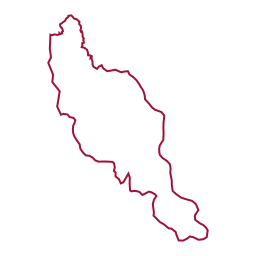 outline of Vavla, Larnaca, Cyprus
{"feature_id": "46923920B22137462845739", "entity_name": "Vavla", "entity_type": "district", "adm_level": 2, "iso_a3": "CYP", "parent_name": "Cyprus", "parent_adm1": "Larnaca", "projection": "albers", "projection_center": [33.273, 34.838], "detail": "fine", "context": "isolated", "style": "outline", "palette": "rose", "viewbox_px": 256, "rotation_deg": 0, "n_neighbors": 0, "source": "geoboundaries", "source_scale": "gbopen_adm2", "svg_char_len": 2224}
<svg xmlns="http://www.w3.org/2000/svg" viewBox="0 0 256 256"><path d="M50.4,34.8L50.1,43.1L49.8,48.7L51.0,57.4L48.3,62.8L53.1,74.8L52.3,82.1L59.7,91.3L57.2,106.6L61.0,114.7L63.4,113.9L67.6,114.5L69.5,117.0L73.6,117.9L75.3,120.2L74.4,123.3L73.2,125.7L72.9,130.2L73.2,133.1L74.2,136.1L75.5,138.3L77.1,140.8L79.6,144.2L80.4,148.8L83.1,152.7L85.9,155.4L89.5,155.8L92.8,157.7L95.2,160.3L98.6,161.7L102.0,161.5L108.0,161.6L112.3,161.9L114.0,163.2L114.8,167.4L113.9,171.0L115.6,172.5L115.5,176.3L119.0,179.2L120.8,183.4L123.4,182.3L126.5,176.9L128.4,173.6L129.8,177.8L129.6,183.2L129.8,186.1L130.1,190.4L131.3,191.3L134.6,190.9L137.5,191.3L139.5,192.0L142.4,195.0L149.0,191.6L151.6,192.4L154.9,194.2L156.4,196.0L153.9,199.9L152.8,204.2L153.9,212.2L153.6,215.7L159.9,222.0L163.7,224.2L168.7,228.3L171.4,228.6L175.7,232.0L176.0,233.2L176.6,235.3L178.7,240.4L182.9,240.6L183.1,240.6L186.8,238.8L189.8,236.5L193.0,237.1L198.7,239.8L203.4,239.2L205.8,237.7L206.7,237.2L207.7,230.5L206.2,227.8L203.4,225.1L201.0,223.9L200.2,223.5L195.2,219.8L194.8,216.2L195.2,214.9L198.4,210.1L196.0,204.2L193.4,201.9L191.9,200.8L186.3,199.3L181.1,197.6L176.8,194.6L172.7,191.0L171.8,185.0L171.8,180.5L171.2,177.8L170.3,172.9L170.6,168.1L169.8,164.1L166.6,160.7L162.5,158.0L159.8,154.8L159.3,152.1L159.2,148.7L159.7,145.6L163.3,139.8L163.6,132.8L163.4,129.1L163.5,123.0L164.3,115.7L161.5,112.1L155.2,109.8L152.2,107.7L149.2,103.8L145.1,99.4L144.6,94.9L143.1,90.3L140.6,86.7L138.8,83.5L136.5,80.2L133.4,77.2L129.5,74.5L127.9,71.2L124.6,71.5L121.6,72.2L119.7,71.7L115.4,69.7L112.1,70.4L107.2,71.2L103.2,68.3L101.7,65.2L98.8,66.7L97.0,68.9L93.4,66.7L92.5,64.2L92.6,61.8L91.5,58.6L91.7,57.2L90.5,58.0L91.0,55.8L90.2,55.4L88.1,55.3L88.0,52.8L87.1,49.9L84.6,47.9L81.7,47.1L82.4,45.5L82.2,43.2L83.7,42.9L83.9,41.9L83.2,40.1L83.8,38.5L82.8,37.3L82.6,36.2L82.6,33.7L81.9,31.4L81.1,31.9L80.4,30.5L81.0,28.1L80.9,26.1L79.1,23.9L79.5,21.9L78.2,20.6L76.2,19.0L74.2,18.7L72.4,16.5L71.3,15.4L68.4,15.8L68.2,17.0L66.1,18.6L65.0,20.9L63.0,22.2L61.8,23.2L60.1,24.2L60.1,25.6L61.0,27.5L62.1,28.2L62.5,29.5L63.0,31.1L61.8,32.0L62.2,33.4L60.4,34.0L59.4,33.1L59.4,34.4L57.6,34.9L54.0,34.4L52.5,35.2L50.8,35.0L50.4,34.8Z" fill="none" stroke="#9f1239" stroke-width="2"/></svg>